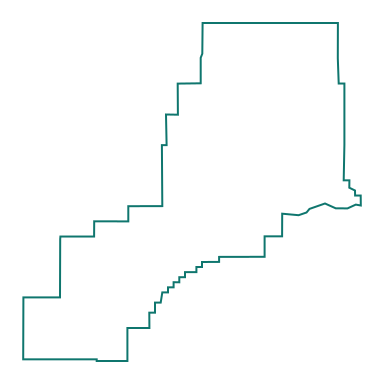 Stillwater, Montana, United States of America
{"feature_id": "52423323B1446869819643", "entity_name": "Stillwater", "entity_type": "district", "adm_level": 2, "iso_a3": "USA", "parent_name": "United States of America", "parent_adm1": "Montana", "projection": "natural_earth1", "projection_center": [-109.384, 45.65], "detail": "fine", "context": "isolated", "style": "outline", "palette": "teal", "viewbox_px": 384, "rotation_deg": 0, "n_neighbors": 0, "source": "geoboundaries", "source_scale": "gbopen_adm2", "svg_char_len": 912}
<svg xmlns="http://www.w3.org/2000/svg" viewBox="0 0 384 384"><path d="M96.7,361.0L127.4,361.0L127.4,328.0L149.4,328.0L149.3,312.7L155.0,312.7L155.0,302.6L160.7,302.6L162.3,292.4L168.0,292.4L168.0,287.3L173.6,287.3L173.6,282.2L179.3,282.3L179.3,277.2L185.0,277.2L185.0,272.1L196.4,272.1L196.4,267.0L202.0,267.0L202.0,262.0L219.1,261.9L219.1,256.9L264.6,256.8L264.6,236.3L282.1,236.3L282.2,213.7L298.6,215.2L306.5,212.5L309.5,208.9L325.0,203.5L335.7,208.3L347.5,208.4L355.8,204.6L360.8,205.5L360.7,195.5L355.1,195.5L355.0,190.5L349.3,187.7L349.4,180.3L343.7,180.3L344.4,144.8L344.4,83.5L338.7,83.5L337.8,58.2L337.9,23.0L202.6,23.0L202.3,53.7L200.7,57.8L200.7,83.3L177.7,83.6L177.9,114.7L166.0,114.5L166.6,145.1L161.9,145.1L162.3,206.1L128.3,206.2L128.3,221.4L94.2,221.3L94.1,236.5L60.4,236.5L60.2,239.2L60.0,297.4L23.4,297.4L23.2,359.3L96.7,359.3L96.7,361.0Z" fill="none" stroke="#0f766e" stroke-width="2"/></svg>